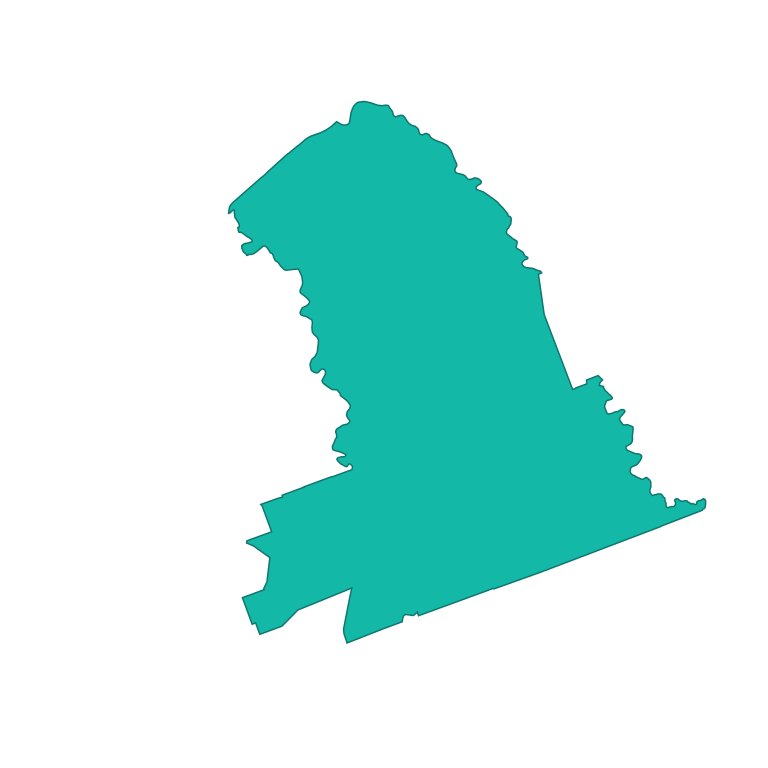 outline of Darebin, Victoria, Australia, rotated 152°
{"feature_id": "25037944B70656955995006", "entity_name": "Darebin", "entity_type": "district", "adm_level": 2, "iso_a3": "AUS", "parent_name": "Australia", "parent_adm1": "Victoria", "projection": "albers", "projection_center": [145.008, -37.738], "detail": "fine", "context": "isolated", "style": "filled", "palette": "teal", "viewbox_px": 768, "rotation_deg": 152, "n_neighbors": 0, "source": "geoboundaries", "source_scale": "gbopen_adm2", "svg_char_len": 6171}
<svg xmlns="http://www.w3.org/2000/svg" viewBox="0 0 768 768"><g transform="rotate(152 384 384)"><path d="M538.3,172.7L499.3,168.2L479.6,165.5L477.2,168.6L475.7,170.0L473.9,170.5L472.1,169.7L467.0,165.9L465.7,165.9L461.7,167.0L462.3,163.2L383.9,152.3L383.2,151.5L334.0,144.3L206.3,128.2L205.9,128.4L162.4,123.1L161.4,123.8L159.5,123.7L158.2,124.6L156.4,127.0L154.9,129.8L154.8,130.6L155.5,131.8L155.2,131.8L155.8,132.8L159.4,132.5L160.7,133.2L162.2,133.2L163.5,132.9L163.6,132.1L163.9,131.6L164.7,131.1L166.0,131.6L167.5,133.5L169.1,133.8L170.1,136.1L170.9,136.6L171.1,137.4L171.1,138.0L171.7,138.8L172.7,139.5L176.3,140.6L177.9,143.0L178.4,144.5L179.4,145.3L181.1,145.5L181.8,145.0L182.2,144.4L182.1,143.2L182.5,141.9L183.3,140.8L184.9,139.7L185.7,139.7L187.6,140.8L191.5,141.6L192.3,142.8L192.1,144.4L191.0,146.2L190.8,148.7L189.6,151.6L190.5,153.1L190.4,154.8L191.1,156.8L194.1,158.5L195.8,158.5L196.4,158.9L199.1,159.4L199.7,160.6L200.0,162.3L199.9,163.5L199.2,165.2L198.2,166.5L196.7,167.8L194.5,172.1L194.5,174.4L195.2,176.3L195.7,177.5L196.3,178.4L200.3,178.4L201.6,179.1L202.6,180.9L203.3,181.3L206.1,185.9L207.1,186.6L208.0,189.0L207.9,190.6L207.6,191.4L206.0,193.5L205.0,194.4L203.6,194.5L199.0,194.0L198.2,194.2L193.6,196.2L191.6,197.7L190.6,198.8L190.3,199.7L190.5,200.7L191.2,201.8L192.1,202.8L194.6,204.3L199.2,209.8L200.2,211.1L200.6,212.5L200.6,213.3L200.3,214.2L199.5,215.2L194.0,215.4L191.6,216.9L190.2,219.2L189.0,221.7L185.6,226.7L184.4,229.0L184.8,229.9L188.2,233.9L191.6,235.2L192.1,236.1L192.6,239.4L192.7,241.6L192.3,242.7L190.7,243.9L185.1,246.0L184.2,246.7L184.0,247.3L184.0,248.0L185.0,249.1L186.1,249.9L188.6,250.1L190.4,249.8L193.5,251.0L195.7,251.0L199.3,251.8L199.9,252.1L200.8,253.3L200.2,259.4L199.0,261.8L197.9,262.4L196.4,264.0L195.4,264.7L190.3,263.8L189.1,264.1L188.8,264.8L189.4,268.0L190.1,269.2L191.9,275.2L191.8,278.0L191.4,278.9L194.6,281.5L192.7,283.8L189.1,285.0L191.0,290.9L203.3,292.4L205.0,288.9L216.4,290.5L216.8,290.1L220.0,290.6L210.0,370.0L196.1,408.5L192.7,408.0L192.6,408.4L192.7,409.6L193.0,410.3L195.2,412.3L197.2,415.0L198.6,416.4L203.9,420.1L205.4,422.1L205.9,423.7L205.9,425.0L205.5,425.9L203.9,427.1L201.8,427.6L198.4,427.2L197.7,428.1L198.1,429.1L198.7,429.6L199.5,430.9L199.5,435.3L203.1,441.7L203.1,442.7L200.0,446.4L199.7,447.1L199.7,447.9L201.3,450.9L202.1,451.8L202.6,452.9L202.9,454.2L204.8,458.1L205.0,460.0L203.9,461.6L202.1,463.1L200.5,463.3L199.1,464.7L197.6,465.2L196.9,465.9L194.6,469.2L194.0,470.5L193.8,471.7L194.1,472.6L195.6,474.4L194.8,476.1L195.4,478.1L196.2,483.0L198.1,489.4L198.3,490.9L200.9,496.8L206.2,507.1L210.9,512.2L210.8,513.6L210.3,514.4L209.6,514.9L207.9,515.5L205.2,515.4L204.0,515.8L203.2,516.7L203.1,518.1L203.5,519.2L204.5,521.2L207.0,523.4L210.5,523.8L213.0,524.7L213.8,525.5L214.1,526.3L214.5,529.3L215.4,530.9L216.1,531.9L219.9,535.2L221.1,536.7L221.4,537.8L221.4,539.0L219.6,541.2L217.9,542.1L216.9,543.2L216.6,544.0L216.2,550.5L215.5,556.8L215.2,557.6L215.7,562.8L216.5,565.5L219.1,569.2L224.1,574.9L226.1,577.8L227.0,579.9L227.1,582.8L228.1,584.4L229.3,585.5L230.2,585.8L233.1,585.9L234.6,587.2L234.9,588.2L234.8,590.2L234.1,592.1L234.3,594.0L235.5,596.9L238.1,599.4L239.6,602.1L240.3,605.8L240.5,609.8L241.2,612.0L242.3,613.0L243.7,613.6L248.3,614.5L248.9,615.2L249.4,616.5L249.4,617.7L248.6,620.6L249.3,624.9L249.3,626.8L249.5,627.8L249.9,628.3L252.0,629.6L255.2,630.7L258.9,633.3L263.6,638.4L268.5,642.6L273.5,644.6L274.8,644.9L276.7,644.8L279.9,643.7L282.2,642.2L285.8,639.0L290.6,632.5L292.2,630.7L294.3,630.3L295.8,630.4L298.1,631.6L299.7,633.0L302.7,637.9L309.5,636.1L316.1,635.4L322.1,635.6L331.4,637.1L334.7,637.2L338.0,636.9L347.5,634.8L349.0,634.7L360.1,632.4L361.3,632.4L386.4,626.1L391.4,624.6L396.6,623.6L432.2,615.2L435.0,614.2L436.8,613.1L437.9,612.0L441.1,607.7L439.3,607.3L437.7,608.0L435.3,608.4L434.6,607.9L434.5,607.5L435.6,605.9L436.5,603.2L437.3,601.6L437.4,600.4L437.1,598.7L437.0,595.9L436.8,594.6L437.2,592.0L438.1,590.7L439.7,590.7L440.9,586.6L440.8,586.1L439.3,585.3L438.4,584.2L435.4,577.9L433.7,575.4L432.9,573.1L433.3,572.1L434.1,571.6L438.7,572.6L441.5,573.5L442.9,573.2L444.0,573.2L444.7,572.9L445.7,570.6L446.1,567.8L446.0,566.2L444.7,563.5L444.8,562.1L443.9,561.5L442.7,562.1L441.4,561.1L437.9,560.2L433.2,560.8L426.4,562.4L424.9,562.3L423.9,561.1L423.3,559.5L422.8,555.8L422.9,553.4L421.3,551.3L422.1,546.0L422.1,544.0L420.5,541.3L419.9,536.7L418.4,531.8L416.9,530.4L406.5,526.2L405.8,525.6L405.6,524.6L406.0,517.4L408.2,511.8L409.5,509.8L413.5,506.7L414.8,504.9L414.9,503.8L414.5,502.5L412.2,497.5L410.8,492.7L411.2,491.4L412.8,490.1L415.7,489.4L420.4,489.6L422.3,488.4L424.5,486.5L424.9,485.9L424.8,484.0L424.4,483.3L423.0,481.8L421.6,480.8L420.4,479.3L419.1,476.8L418.3,475.9L417.7,474.4L418.2,472.1L421.1,467.8L422.9,463.5L422.5,460.6L421.2,456.9L421.1,454.9L421.5,453.0L424.3,448.7L428.2,443.2L432.0,440.7L436.4,439.5L439.5,436.8L440.4,435.4L441.7,431.1L441.6,429.7L441.3,428.9L439.6,426.5L438.1,425.3L436.4,425.1L432.9,426.3L431.8,426.4L430.8,425.9L429.8,424.4L429.8,422.4L431.4,420.0L436.1,416.9L437.3,415.8L437.3,413.1L435.3,408.7L432.4,403.4L428.3,401.0L427.3,396.7L427.3,395.6L427.8,394.7L427.7,393.8L424.7,387.0L424.1,384.6L423.8,380.9L424.6,379.6L425.7,378.6L427.6,377.5L429.3,377.0L431.6,374.3L432.0,372.5L431.9,370.1L431.4,367.8L432.4,366.6L433.6,366.0L435.9,365.9L438.5,366.8L441.0,367.1L442.4,366.7L446.3,366.5L448.2,365.6L449.3,364.1L449.5,362.2L450.4,359.7L451.2,359.0L453.2,357.8L456.3,355.0L457.8,354.1L458.7,353.3L459.9,350.9L459.8,349.9L459.1,348.8L454.5,344.5L451.0,340.0L451.1,338.9L452.2,338.4L453.3,338.4L455.2,339.5L458.4,340.4L460.1,340.4L461.0,339.5L461.0,337.9L459.8,334.0L456.7,329.3L456.0,328.6L455.4,328.5L452.3,330.0L451.5,329.3L450.6,327.1L450.6,326.2L451.0,325.2L452.6,323.4L473.8,326.4L474.1,326.8L502.9,330.8L503.0,330.4L503.4,330.5L526.1,333.6L526.8,331.7L531.5,332.9L549.3,335.5L548.8,333.7L552.6,306.3L578.6,309.9L580.0,308.1L575.3,302.4L566.3,284.3L580.2,264.3L586.3,259.7L586.4,258.7L609.3,261.8L613.2,233.8L609.5,233.3L611.2,221.3L587.8,218.1L566.0,224.9L508.2,219.0L515.3,210.6L534.9,186.4L536.7,181.8L537.8,174.6L538.3,172.7Z" fill="#14b8a6" stroke="#0f766e" stroke-width="1.5"/></g></svg>